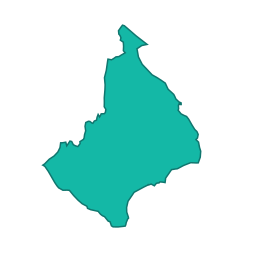 Sanquin Dist #3, Sinoe, Liberia, rotated 191°
{"feature_id": "62588387B80156561530658", "entity_name": "Sanquin Dist #3", "entity_type": "district", "adm_level": 2, "iso_a3": "LBR", "parent_name": "Liberia", "parent_adm1": "Sinoe", "projection": "natural_earth1", "projection_center": [-9.294, 5.279], "detail": "fine", "context": "isolated", "style": "filled", "palette": "teal", "viewbox_px": 256, "rotation_deg": 191, "n_neighbors": 0, "source": "geoboundaries", "source_scale": "gbopen_adm2", "svg_char_len": 2238}
<svg xmlns="http://www.w3.org/2000/svg" viewBox="0 0 256 256"><g transform="rotate(191 128 128)"><path d="M204.1,75.2L202.2,74.4L198.1,70.4L192.7,64.2L189.4,60.4L186.6,57.6L184.6,56.0L180.0,54.5L175.9,55.4L173.6,55.6L168.4,51.3L163.2,47.6L158.5,44.9L153.5,43.4L153.3,43.2L152.4,41.4L149.1,40.7L141.4,40.5L138.5,38.1L136.3,37.0L134.1,36.5L129.7,32.8L127.7,32.5L125.6,28.8L125.0,28.6L123.8,28.1L118.9,29.0L114.0,30.5L112.0,31.2L111.7,32.7L111.7,34.8L110.9,38.8L110.3,39.5L110.6,40.5L113.2,45.2L114.2,49.7L114.0,56.1L113.7,56.8L110.3,64.7L110.2,65.0L109.7,66.1L107.5,67.9L101.3,73.0L98.8,74.9L97.7,75.7L97.4,76.3L96.9,76.0L94.6,77.4L91.1,76.3L89.6,79.1L87.8,79.9L87.2,79.9L86.3,81.2L83.4,81.5L81.2,81.5L81.4,85.0L81.5,85.6L81.5,86.0L77.3,95.5L77.1,95.5L73.7,96.8L71.8,97.4L68.4,100.1L68.1,100.4L66.3,101.8L66.2,101.9L64.3,103.1L61.3,105.0L59.8,105.9L59.2,106.0L54.0,106.8L52.4,107.2L51.5,113.2L52.2,119.1L54.0,122.4L56.1,127.6L59.1,129.6L58.5,130.6L57.9,131.4L57.9,135.1L59.7,137.7L61.5,138.8L62.4,139.5L66.0,143.4L70.1,148.2L72.7,150.5L75.2,151.0L78.6,152.0L82.2,155.0L82.0,156.6L82.9,159.9L82.3,162.0L81.4,162.2L81.4,161.0L80.3,161.2L80.7,162.8L82.9,163.3L86.6,165.7L88.1,167.9L89.5,169.7L96.0,173.7L97.3,175.4L100.0,179.2L108.3,182.7L114.5,184.8L126.2,193.2L131.3,199.7L134.3,207.5L130.2,211.6L125.2,213.7L137.5,219.9L151.1,227.7L153.0,227.9L153.7,226.6L155.9,221.7L154.9,218.4L153.5,217.3L152.1,215.1L152.3,212.8L149.8,211.7L149.0,211.4L147.9,207.2L147.3,203.0L145.1,201.3L149.0,197.9L150.5,196.4L153.4,195.5L155.3,193.5L157.2,191.8L160.8,191.8L160.8,190.5L160.3,180.2L160.7,172.9L158.7,166.0L157.9,160.9L157.1,153.4L156.9,152.3L156.5,150.5L156.0,148.0L155.5,145.0L155.4,144.3L153.3,142.1L153.2,139.0L153.9,137.6L154.9,137.3L157.0,136.8L157.0,136.6L158.0,133.4L159.9,135.6L160.4,132.6L160.4,129.7L162.4,128.4L163.4,125.9L164.6,126.1L166.7,127.2L168.3,127.0L168.5,126.8L170.5,125.3L170.5,121.5L169.0,117.1L169.4,113.1L169.2,109.8L169.5,108.6L169.7,108.2L172.6,105.4L172.0,103.6L173.7,100.2L176.3,100.5L178.5,101.2L180.7,104.0L182.5,104.1L183.7,101.2L184.7,98.8L186.4,102.2L189.2,101.1L191.3,100.6L191.0,95.8L192.3,91.0L195.3,86.3L199.3,82.4L203.0,76.8L204.5,75.3L204.1,75.2Z" fill="#14b8a6" stroke="#0f766e" stroke-width="1.5"/></g></svg>